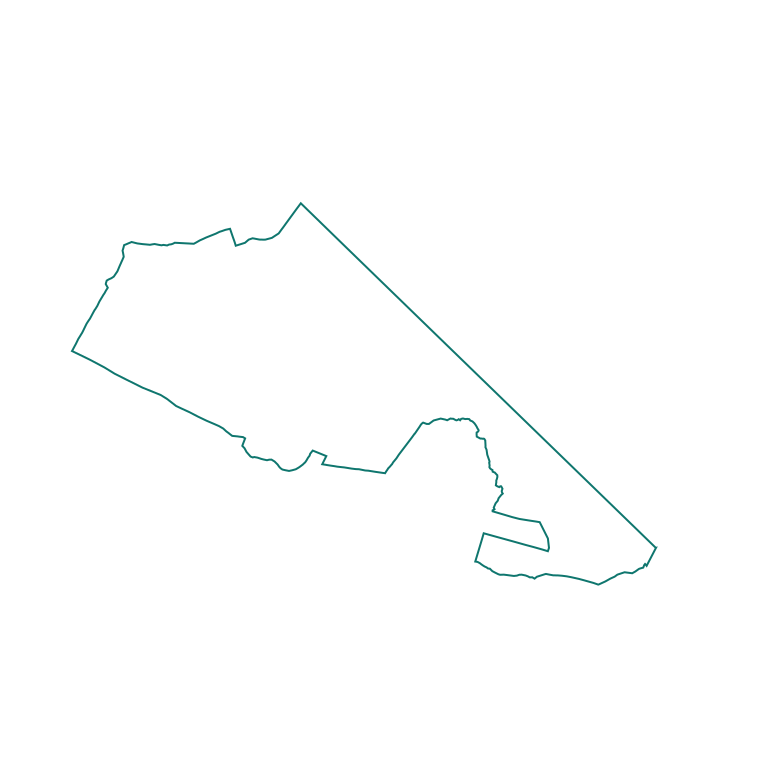 Mazapa de Madero, Chiapas, Mexico, rotated 287°
{"feature_id": "50627088B77163225052710", "entity_name": "Mazapa de Madero", "entity_type": "district", "adm_level": 2, "iso_a3": "MEX", "parent_name": "Mexico", "parent_adm1": "Chiapas", "projection": "robinson", "projection_center": [-92.197, 15.358], "detail": "fine", "context": "isolated", "style": "outline", "palette": "teal", "viewbox_px": 768, "rotation_deg": 287, "n_neighbors": 0, "source": "geoboundaries", "source_scale": "gbopen_adm2", "svg_char_len": 4816}
<svg xmlns="http://www.w3.org/2000/svg" viewBox="0 0 768 768"><g transform="rotate(287 384 384)"><path d="M324.3,76.0L321.3,95.2L318.1,111.8L315.1,123.4L312.8,136.8L309.9,154.2L308.9,165.7L308.2,173.6L306.3,180.8L304.5,185.6L302.2,191.6L301.3,197.8L300.2,206.0L298.4,215.8L297.0,225.1L296.1,233.4L295.5,238.5L294.4,243.3L292.6,247.0L291.6,249.9L291.2,250.8L290.0,254.0L291.1,259.4L291.3,260.8L292.0,264.7L291.4,267.1L288.6,266.9L285.9,266.7L283.4,266.6L281.8,269.4L281.1,270.1L278.9,272.3L278.7,272.6L277.2,275.0L275.6,277.6L275.4,280.0L276.2,281.2L276.6,284.6L276.5,288.7L276.6,290.9L276.9,294.4L278.0,296.2L278.8,298.5L277.9,302.0L275.9,305.8L274.1,308.1L273.2,309.7L272.5,311.8L272.7,314.8L273.1,318.6L274.6,321.3L276.7,324.6L279.2,326.9L280.2,327.7L283.2,329.9L284.7,330.7L286.0,331.5L288.2,332.2L291.3,332.9L293.7,333.8L295.7,333.8L299.5,335.3L298.2,349.9L289.2,348.4L289.7,351.9L289.8,352.9L290.4,357.2L290.9,360.4L291.3,363.5L291.5,364.6L292.1,367.8L292.6,370.3L293.1,373.9L293.7,378.3L293.8,378.7L294.3,381.6L295.2,385.1L295.7,390.3L295.8,391.3L296.0,392.2L296.5,394.3L296.8,396.4L297.5,401.5L298.7,409.3L299.0,410.9L299.0,411.1L301.9,411.9L302.4,412.1L304.2,412.6L304.4,412.6L306.7,413.8L309.3,414.9L309.5,415.1L311.7,415.6L316.5,417.6L319.9,418.6L320.9,418.9L335.0,424.1L341.0,426.3L345.4,427.8L345.5,428.0L353.5,430.5L355.7,431.1L356.7,431.5L358.2,432.4L358.5,432.7L358.3,436.5L358.9,438.6L359.8,439.3L363.6,442.1L367.5,448.3L367.9,453.1L367.8,455.0L370.4,457.6L370.6,458.9L371.0,460.5L370.6,462.2L370.4,463.8L371.0,464.8L372.2,465.8L371.6,467.4L373.2,468.0L374.1,469.6L374.2,471.9L375.0,473.9L375.3,475.8L374.3,477.2L374.1,479.5L372.9,481.9L371.7,483.5L370.2,485.2L369.3,486.0L368.5,486.8L368.0,487.5L367.4,488.0L367.0,488.1L365.9,487.8L364.7,486.8L363.1,487.2L360.8,488.1L360.0,492.0L360.3,492.9L360.5,494.3L360.9,495.4L360.8,496.0L360.3,496.5L359.7,497.3L354.5,499.2L353.2,499.5L351.1,501.3L346.6,503.4L341.5,507.1L340.4,507.7L339.4,507.6L338.7,508.0L337.0,508.8L335.3,509.1L334.5,509.9L334.1,510.6L333.6,511.9L333.5,512.8L331.9,513.6L331.9,514.3L331.8,514.9L331.7,515.9L330.9,517.2L329.9,519.0L328.3,519.6L326.3,519.7L324.6,519.6L323.8,519.8L323.1,520.1L322.3,520.2L319.8,520.6L319.3,522.3L319.1,524.4L320.2,525.1L320.4,526.0L318.5,527.9L317.6,527.9L317.1,527.9L316.0,527.9L314.9,528.5L313.9,529.6L312.1,528.5L308.3,527.0L305.6,526.9L302.5,525.6L297.8,525.1L296.6,526.3L294.9,524.8L294.0,525.1L294.1,533.7L294.2,544.7L294.2,545.5L294.5,552.0L294.6,553.4L296.0,563.4L296.9,569.5L297.4,573.3L284.2,585.9L275.5,589.7L272.0,589.6L272.0,583.2L271.8,574.8L271.5,566.2L271.2,553.1L271.0,546.2L270.7,535.4L270.5,527.4L270.4,523.0L262.7,523.1L240.9,523.2L241.2,525.5L240.7,528.0L240.0,529.8L239.4,531.7L238.9,533.5L238.6,535.8L238.0,537.3L238.3,539.3L236.7,542.3L236.1,545.4L235.5,549.0L235.5,550.8L236.7,554.3L237.3,557.7L237.7,560.1L238.4,564.3L239.6,567.1L241.2,569.3L241.9,571.4L242.3,575.4L242.1,578.0L241.7,579.9L242.5,582.3L241.9,584.9L244.4,586.6L248.9,593.1L249.7,594.4L250.1,598.3L250.5,601.7L251.8,606.3L252.1,607.6L252.7,610.4L253.5,615.0L254.0,619.7L254.6,627.4L254.8,633.4L254.8,634.1L255.0,642.4L254.8,647.5L255.2,648.1L259.9,653.4L264.1,657.4L267.2,660.9L269.9,662.9L270.9,664.3L274.3,669.1L275.6,676.7L278.2,679.2L281.5,681.7L281.7,681.9L282.0,682.2L283.0,683.7L284.2,685.6L286.9,685.8L287.2,685.9L288.2,686.3L288.1,686.5L286.9,688.3L306.9,692.0L306.8,691.8L372.9,562.8L373.0,562.6L451.4,409.6L495.4,323.8L495.6,323.5L495.6,323.4L495.7,323.2L527.1,262.1L527.2,261.9L532.5,251.6L525.5,249.1L516.0,245.8L508.8,243.3L503.8,241.6L502.5,241.1L497.3,239.3L497.0,239.1L493.3,236.0L491.0,234.1L490.1,232.7L488.3,229.8L487.4,228.4L486.7,226.2L485.7,222.6L485.1,217.1L484.9,215.7L482.5,212.4L478.4,209.8L475.5,205.6L472.9,201.8L475.0,200.4L477.4,198.7L480.2,196.6L483.8,194.0L487.4,191.4L485.3,187.7L485.0,187.2L482.8,184.2L481.5,182.3L478.6,179.2L478.2,178.7L474.9,174.6L472.9,172.1L472.1,171.1L470.2,169.0L468.8,167.4L467.5,165.9L464.3,162.9L462.5,161.1L457.9,142.6L456.5,141.2L455.4,139.7L454.5,137.7L453.1,136.1L452.8,134.2L452.5,132.3L451.6,130.7L451.2,127.7L450.8,123.7L449.9,121.8L448.7,119.5L448.3,117.5L447.4,113.2L447.3,112.8L446.3,107.0L446.0,101.1L445.3,100.3L443.6,98.2L443.4,98.0L441.8,96.1L440.9,94.9L440.3,94.9L438.0,95.0L435.1,95.0L433.3,96.0L431.0,97.2L429.5,97.9L426.9,97.6L425.0,97.4L424.7,97.3L422.7,97.1L420.5,96.8L417.7,96.5L415.6,96.3L413.8,96.1L410.9,95.2L407.7,94.2L405.5,92.4L404.0,90.7L403.4,90.0L401.8,88.6L399.3,88.6L398.2,88.7L395.3,91.7L392.1,90.8L388.7,90.1L387.7,89.7L379.6,87.7L374.8,87.0L370.7,85.9L370.4,85.7L368.1,85.2L365.6,84.7L363.5,84.3L360.5,83.7L358.4,83.0L354.9,82.0L353.8,81.8L348.7,81.0L347.3,80.8L344.5,80.3L343.5,80.0L341.1,79.4L337.8,78.5L332.1,77.6L331.2,77.4L327.7,76.7L325.6,76.3L324.3,76.0Z" fill="none" stroke="#0f766e" stroke-width="2"/></g></svg>